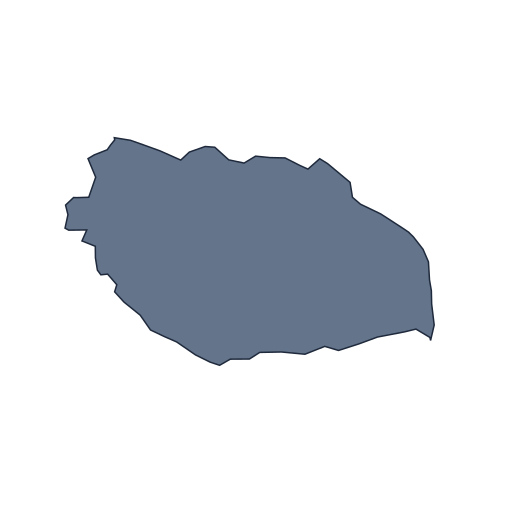 outline of Empa, Paphos, Cyprus, rotated 297°
{"feature_id": "46923920B32941879680416", "entity_name": "Empa", "entity_type": "district", "adm_level": 2, "iso_a3": "CYP", "parent_name": "Cyprus", "parent_adm1": "Paphos", "projection": "equal_earth", "projection_center": [32.424, 34.807], "detail": "fine", "context": "isolated", "style": "filled", "palette": "slate", "viewbox_px": 512, "rotation_deg": 297, "n_neighbors": 0, "source": "geoboundaries", "source_scale": "gbopen_adm2", "svg_char_len": 1066}
<svg xmlns="http://www.w3.org/2000/svg" viewBox="0 0 512 512"><g transform="rotate(297 256 256)"><path d="M168.8,126.3L172.5,132.0L167.2,145.0L159.9,146.3L155.0,159.3L150.7,179.7L142.2,195.6L142.6,210.8L143.4,224.3L140.4,247.1L140.6,263.4L142.1,273.2L152.4,279.9L161.2,296.9L171.8,303.1L182.0,322.2L190.7,344.2L206.7,358.3L209.3,372.4L224.5,387.7L238.9,401.0L256.0,423.0L263.5,431.7L262.4,447.9L260.0,449.9L275.4,446.1L293.0,434.3L304.7,428.0L313.4,421.5L329.1,412.3L337.8,401.8L344.5,387.5L346.3,381.7L346.4,382.0L347.2,375.8L348.4,364.5L350.1,348.2L349.6,325.5L352.1,315.3L364.3,306.4L370.8,277.9L371.6,268.6L357.0,262.8L356.6,253.9L356.6,237.4L350.0,223.7L344.8,210.3L333.4,203.2L329.3,188.1L334.2,169.9L330.5,161.0L318.3,149.4L307.3,145.4L306.1,122.7L304.1,106.7L302.1,91.6L297.1,76.0L295.3,77.4L288.8,76.0L283.1,75.2L272.7,66.0L266.5,62.1L253.4,77.4L232.4,80.3L226.6,69.7L225.3,66.9L214.9,63.2L207.4,69.7L194.1,73.2L194.0,77.4L202.4,93.4L190.4,94.1L191.7,108.4L181.4,113.8L171.4,121.1L168.8,126.3Z" fill="#64748b" stroke="#1e293b" stroke-width="1.5"/></g></svg>